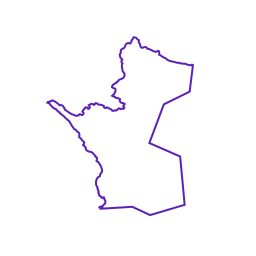 Morobo, Central Equatoria, South Sudan (Robinson projection), rotated 115°
{"feature_id": "79223893B16328156709571", "entity_name": "Morobo", "entity_type": "district", "adm_level": 2, "iso_a3": "SSD", "parent_name": "South Sudan", "parent_adm1": "Central Equatoria", "projection": "robinson", "projection_center": [30.83, 3.714], "detail": "fine", "context": "isolated", "style": "outline", "palette": "violet", "viewbox_px": 256, "rotation_deg": 115, "n_neighbors": 0, "source": "geoboundaries", "source_scale": "gbopen_adm2", "svg_char_len": 4708}
<svg xmlns="http://www.w3.org/2000/svg" viewBox="0 0 256 256"><g transform="rotate(115 128 128)"><path d="M43.6,95.7L43.6,96.9L44.7,97.6L44.8,98.2L45.5,100.7L45.5,101.9L45.6,103.4L46.4,105.0L46.8,106.7L47.4,108.1L47.4,109.2L48.3,111.8L48.4,113.0L48.8,115.0L49.4,117.6L49.6,119.3L49.6,121.0L48.9,123.4L49.0,125.8L48.8,127.4L48.4,129.1L48.4,130.8L46.8,131.4L45.4,132.3L45.5,133.5L47.2,134.8L47.4,136.1L47.6,137.2L47.5,139.0L47.5,140.5L47.5,142.3L47.8,143.2L48.0,143.8L47.2,145.1L47.3,146.4L48.0,147.7L49.3,148.8L49.4,150.0L48.8,151.3L47.7,151.9L46.7,152.8L46.2,153.9L45.5,154.6L43.8,155.3L43.7,156.8L42.8,158.7L43.3,161.2L44.6,161.4L46.2,161.4L47.1,161.8L48.8,161.4L50.7,161.9L50.8,163.7L52.5,165.1L54.0,165.4L54.9,165.2L56.2,165.2L57.6,165.6L58.5,166.5L59.8,167.3L61.5,167.1L62.3,166.6L62.9,166.3L64.9,166.5L67.0,165.1L67.9,163.8L67.9,163.0L68.6,161.9L69.9,162.3L71.1,161.7L71.6,161.0L71.7,160.3L73.0,160.3L74.0,159.9L75.2,159.4L76.2,158.6L77.0,158.0L78.5,157.1L79.3,155.9L79.9,154.5L81.5,153.4L82.5,153.3L84.1,153.3L85.0,153.7L86.0,154.3L86.3,154.9L88.4,156.6L89.4,156.6L90.4,157.1L91.0,157.7L92.0,157.6L92.8,158.4L94.3,159.4L95.6,159.9L96.6,160.1L97.7,159.8L98.0,158.3L97.8,156.9L97.9,156.0L98.6,155.5L100.3,154.8L101.4,154.9L102.7,154.9L104.2,155.4L105.5,156.0L105.6,154.4L105.1,153.1L105.8,152.1L105.8,151.2L105.2,150.3L105.2,148.9L105.3,147.3L106.3,147.3L106.8,146.8L107.6,146.2L107.9,145.5L107.9,144.3L107.5,143.0L107.4,141.9L107.6,141.2L108.6,141.2L109.1,141.6L110.1,141.6L110.8,140.8L110.9,140.0L112.1,139.9L112.7,140.5L112.9,141.5L113.6,142.4L114.1,142.9L113.9,144.1L114.4,144.9L115.3,145.2L116.1,145.4L116.8,146.0L117.4,146.4L117.4,147.2L117.9,147.9L118.8,148.5L118.9,149.7L118.3,150.7L118.3,151.6L118.3,153.3L118.1,154.9L118.2,156.0L119.4,156.5L119.6,157.1L119.4,158.6L118.2,159.2L118.2,160.3L118.4,162.0L118.4,162.3L118.9,163.7L119.2,164.7L119.1,165.9L118.8,166.5L119.0,167.7L120.0,168.1L121.0,168.3L121.5,168.8L121.1,170.1L121.4,170.7L121.8,171.9L122.8,172.3L123.8,173.2L124.5,172.3L125.7,171.2L126.9,171.4L127.5,172.2L126.7,173.4L126.7,174.3L127.7,175.5L129.1,175.4L130.2,176.0L131.1,176.3L132.4,176.2L132.9,174.8L133.8,174.4L135.1,174.5L135.8,175.5L135.8,176.4L135.8,177.4L136.8,178.2L137.6,178.2L137.9,178.7L138.7,179.8L139.0,180.8L139.0,182.4L139.2,184.5L139.2,186.1L138.9,188.0L138.5,190.6L137.9,193.3L137.0,193.8L136.4,195.0L135.5,196.4L135.5,197.6L135.5,198.8L136.2,199.3L136.0,200.5L135.5,202.2L135.2,203.6L134.9,205.3L134.9,207.3L134.9,208.3L135.8,208.8L136.5,209.6L137.3,210.1L137.4,210.4L138.2,211.6L139.1,211.8L138.9,210.3L139.1,209.5L139.5,208.7L140.0,207.8L140.4,206.7L140.8,205.8L141.2,204.7L141.4,203.6L141.4,202.0L141.4,200.7L142.0,200.2L142.1,199.4L142.6,198.5L142.7,197.5L142.7,196.8L143.3,195.9L143.5,195.0L143.7,194.1L144.1,192.8L144.4,191.6L144.5,191.0L145.1,189.6L145.6,188.2L145.7,187.3L146.1,186.4L146.3,185.4L146.7,184.3L147.0,183.5L147.5,182.9L148.1,182.2L148.6,181.4L148.9,180.9L149.3,180.3L149.8,179.7L150.3,178.7L151.0,177.6L151.7,176.2L151.7,174.7L152.0,173.9L152.2,173.5L152.5,173.1L152.6,172.6L152.9,171.4L153.1,170.5L153.3,170.2L153.9,169.7L154.3,169.4L155.1,169.0L156.2,168.8L156.8,168.5L156.9,168.0L157.3,167.2L157.5,166.6L157.6,165.9L158.4,164.6L158.9,163.3L159.5,161.6L160.4,161.3L161.3,161.1L162.1,161.6L162.6,161.2L162.8,159.9L163.3,158.8L163.7,157.9L164.2,157.7L165.1,157.3L165.4,156.7L165.8,156.0L165.8,155.5L165.8,154.6L165.9,154.3L165.9,153.4L165.7,152.7L165.4,151.9L165.3,151.1L165.4,150.2L165.6,149.4L166.0,148.3L166.4,147.4L166.7,146.7L166.9,146.3L167.1,145.8L167.7,145.5L167.8,145.0L167.8,144.1L168.2,143.5L168.9,143.3L169.6,142.9L170.5,142.8L170.9,142.7L171.4,142.4L171.4,141.8L171.3,140.8L171.7,139.9L172.4,138.9L173.3,137.6L174.2,136.3L175.2,135.4L176.0,134.5L176.8,133.9L177.9,133.3L179.4,133.1L180.5,133.5L181.2,133.5L182.0,133.5L182.5,133.5L183.3,133.1L183.9,133.3L184.5,133.7L185.3,134.3L186.0,134.6L186.8,134.6L187.8,134.8L188.4,134.6L189.4,134.5L190.1,134.4L191.0,133.9L192.1,133.4L193.1,132.8L193.5,132.2L193.9,131.7L194.2,131.1L195.0,130.7L195.4,130.3L195.5,129.9L196.4,129.5L197.0,128.9L197.4,128.3L197.9,127.8L198.5,127.8L199.0,127.8L199.3,127.4L199.5,126.8L200.1,126.4L201.0,126.0L201.4,125.5L201.5,125.0L201.5,124.4L201.4,123.8L201.8,123.1L202.4,122.6L202.3,121.9L201.4,121.2L201.0,120.7L201.3,120.3L201.8,119.9L202.2,119.8L202.3,119.3L202.6,119.0L203.1,118.6L203.3,118.0L203.8,117.8L204.2,117.4L205.2,117.1L206.0,116.8L206.6,117.1L207.4,117.4L208.2,117.6L209.2,118.2L209.6,118.0L210.3,117.8L210.5,118.3L210.8,119.5L211.4,120.3L212.1,120.3L211.9,118.7L212.5,118.7L213.2,119.5L197.6,90.8L197.6,71.2L173.7,44.2L160.1,52.1L131.8,68.7L132.6,102.3L91.4,105.5L69.0,87.5L43.6,95.7Z" fill="none" stroke="#5b21b6" stroke-width="2"/></g></svg>